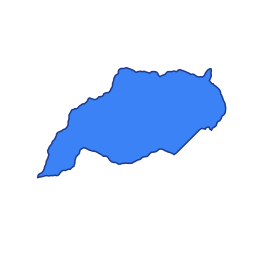 Ibirapuã, Bahia, Brazil, rotated 143°
{"feature_id": "56859067B44438626938012", "entity_name": "Ibirapuã", "entity_type": "district", "adm_level": 2, "iso_a3": "BRA", "parent_name": "Brazil", "parent_adm1": "Bahia", "projection": "robinson", "projection_center": [-39.99, -17.74], "detail": "fine", "context": "isolated", "style": "filled", "palette": "blue", "viewbox_px": 256, "rotation_deg": 143, "n_neighbors": 0, "source": "geoboundaries", "source_scale": "gbopen_adm2", "svg_char_len": 3646}
<svg xmlns="http://www.w3.org/2000/svg" viewBox="0 0 256 256"><g transform="rotate(143 128 128)"><path d="M71.9,83.5L70.1,83.5L68.9,82.9L68.0,81.8L67.0,80.5L65.8,81.1L64.2,80.9L62.7,79.9L63.3,78.0L62.6,76.0L60.6,77.0L59.2,76.9L57.8,76.7L56.2,76.8L55.0,77.7L53.4,78.8L52.0,79.0L50.4,78.6L48.9,79.0L47.7,79.6L46.6,80.4L45.5,81.0L43.2,80.9L41.6,81.5L40.4,82.5L39.3,83.7L37.8,85.3L36.9,87.3L35.6,89.6L35.4,91.5L35.1,92.8L34.7,94.1L34.1,95.8L33.6,97.9L33.4,99.5L32.8,100.5L32.2,102.1L31.9,103.5L32.2,105.4L32.6,107.7L33.1,109.4L33.6,110.8L33.4,112.1L34.3,112.8L34.4,114.7L34.5,116.9L33.1,117.6L31.7,118.4L30.6,119.1L29.4,120.5L28.6,122.1L27.6,123.0L26.7,123.9L26.1,125.3L27.1,126.1L29.5,126.3L32.5,125.5L33.8,124.9L35.1,124.1L36.3,123.8L37.9,124.1L39.4,125.4L40.7,126.0L41.9,127.6L42.6,129.5L43.0,130.8L43.7,132.0L45.6,133.1L46.3,135.1L47.4,136.7L48.0,138.2L49.1,139.8L50.3,141.7L51.6,143.5L52.9,144.0L54.1,143.6L55.3,143.8L56.9,145.7L58.0,146.4L59.1,146.6L60.2,147.5L61.2,148.3L62.5,149.1L64.7,148.9L66.0,148.5L67.5,148.9L69.4,149.5L71.6,149.8L71.9,151.4L71.4,153.7L71.5,155.3L72.4,156.6L73.6,157.7L75.3,158.8L76.7,158.8L77.9,159.0L78.8,160.4L80.1,162.1L81.0,163.6L82.4,164.1L83.3,165.3L84.9,166.4L86.5,167.1L88.2,167.8L88.7,169.9L89.4,171.6L90.6,173.5L91.6,175.0L92.9,177.1L94.4,177.6L96.0,178.4L97.2,179.3L98.1,179.9L99.5,180.0L100.6,179.8L101.6,179.1L102.6,177.7L103.9,177.3L105.2,177.5L106.5,177.5L107.6,176.9L108.9,176.4L109.9,175.6L111.6,174.0L113.4,173.0L114.8,171.2L116.2,170.1L118.0,169.6L119.3,168.6L120.4,168.4L121.7,167.8L122.8,168.5L123.9,169.0L125.1,169.6L126.7,169.9L128.1,169.0L129.4,168.8L131.0,169.5L132.6,170.5L134.0,170.1L136.2,170.0L137.9,171.1L138.6,172.2L139.6,173.6L140.6,175.1L141.9,175.4L143.4,174.4L145.0,173.8L146.7,173.7L148.0,173.5L149.7,174.5L151.6,174.6L153.1,174.8L154.7,174.5L156.2,174.2L157.6,174.3L158.7,175.3L160.4,175.6L161.7,176.3L162.9,175.9L164.1,175.3L165.8,174.5L167.4,173.8L168.3,172.4L169.4,171.1L170.5,170.1L171.5,169.5L172.4,168.7L173.2,167.4L174.5,166.1L176.0,165.6L177.3,165.2L178.6,165.0L179.8,165.5L181.1,165.7L182.7,165.7L184.6,166.2L186.3,166.6L187.6,166.5L188.7,166.2L189.5,165.2L191.7,164.0L193.7,163.0L195.5,162.9L197.3,162.2L198.5,161.2L200.1,160.8L202.2,160.2L204.1,159.1L205.7,158.4L206.9,156.2L206.9,154.9L207.7,153.9L210.2,152.2L212.1,151.2L213.3,150.6L214.1,149.7L215.8,148.2L217.8,147.3L219.6,145.7L221.3,144.8L222.4,144.4L224.2,144.1L225.5,144.5L227.0,144.7L228.3,144.3L229.9,142.8L227.9,141.9L225.9,140.8L224.7,140.4L223.2,139.8L221.5,138.9L220.3,137.5L218.2,136.4L216.5,135.0L214.7,134.2L213.9,133.1L212.6,132.4L211.0,132.4L209.6,133.0L207.7,133.3L205.6,133.4L204.2,132.3L203.0,131.5L200.9,131.2L198.9,129.8L197.2,130.1L195.5,130.2L194.2,130.0L193.3,130.9L192.2,131.5L191.3,132.2L190.4,133.4L189.2,134.5L187.8,135.5L186.3,136.4L184.8,136.6L183.2,136.7L181.2,137.8L179.6,139.3L177.8,139.3L176.4,139.2L175.2,138.9L174.1,137.5L173.3,136.0L172.4,134.0L171.3,132.5L170.1,130.8L168.9,129.7L167.9,128.5L167.1,126.9L166.4,125.0L165.7,123.8L165.1,122.3L164.8,120.5L163.4,119.3L162.4,118.5L161.7,117.1L161.8,115.2L162.0,113.4L161.5,110.9L160.3,109.3L159.0,108.1L158.1,107.3L157.5,105.1L156.0,103.8L154.5,103.5L152.7,102.3L151.2,101.6L149.8,100.3L148.6,99.3L147.4,98.4L145.4,97.3L143.8,97.5L142.7,97.0L141.3,96.9L139.4,96.6L137.5,95.7L136.3,95.6L135.1,95.9L133.8,95.8L132.6,95.4L131.1,94.5L129.9,93.8L128.5,93.8L127.1,94.2L125.6,94.4L124.2,94.6L122.8,93.8L120.7,92.6L119.3,92.2L117.7,92.2L115.9,92.4L114.5,91.5L113.6,90.7L112.7,89.3L112.1,87.5L111.2,86.4L110.6,84.9L109.4,83.5L108.6,82.2L107.9,80.9L107.1,79.0L104.1,79.0L71.9,83.5Z" fill="#3b82f6" stroke="#1e3a8a" stroke-width="1.5"/></g></svg>